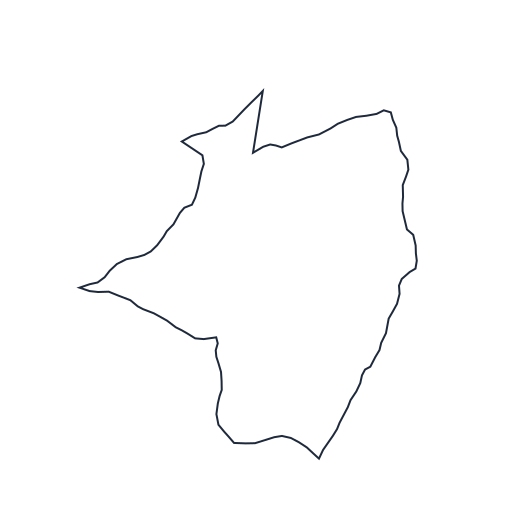 Pradópolis, São Paulo, Brazil, rotated 201°
{"feature_id": "56859067B17432749065074", "entity_name": "Pradópolis", "entity_type": "district", "adm_level": 2, "iso_a3": "BRA", "parent_name": "Brazil", "parent_adm1": "São Paulo", "projection": "orthographic", "projection_center": [-48.08, -21.346], "detail": "fine", "context": "isolated", "style": "outline", "palette": "slate", "viewbox_px": 512, "rotation_deg": 201, "n_neighbors": 0, "source": "geoboundaries", "source_scale": "gbopen_adm2", "svg_char_len": 1722}
<svg xmlns="http://www.w3.org/2000/svg" viewBox="0 0 512 512"><g transform="rotate(201 256 256)"><path d="M124.6,89.4L123.9,99.0L122.0,106.7L119.8,115.6L118.3,123.5L118.2,130.4L116.1,147.8L116.1,155.3L113.8,165.5L113.1,174.7L114.3,182.6L113.5,189.1L109.6,193.6L108.4,204.5L107.0,212.4L108.0,219.8L107.0,230.5L109.7,245.1L108.4,253.2L107.2,261.9L108.4,272.1L111.9,279.6L111.7,286.8L106.8,296.1L102.6,301.4L104.2,309.2L107.7,315.8L110.7,323.0L116.8,332.1L124.6,334.9L135.2,350.4L138.1,357.5L139.9,363.9L144.4,374.8L144.4,384.0L144.7,391.2L149.2,400.1L158.4,406.0L163.5,413.8L167.3,418.9L171.0,426.1L177.1,432.2L181.6,438.4L188.9,437.8L194.3,431.9L203.2,426.5L212.4,421.7L219.5,415.8L227.0,408.8L232.1,401.8L240.8,392.0L250.6,385.1L263.2,373.9L270.9,366.6L277.0,366.3L282.7,365.2L288.4,360.6L295.8,351.3L308.8,412.5L311.3,406.6L315.4,397.7L319.2,389.2L325.9,373.2L331.3,366.7L337.3,364.3L342.1,359.1L346.8,353.7L354.5,348.6L359.2,344.9L366.3,336.3L342.1,330.8L337.7,323.3L337.3,315.5L336.2,308.7L334.5,298.7L333.6,288.7L334.2,280.9L340.2,275.4L342.5,268.9L344.4,256.0L348.2,247.2L349.2,241.0L352.1,230.7L355.9,222.5L360.6,217.0L366.3,212.6L375.9,206.5L383.0,198.7L387.3,189.8L389.7,181.9L394.4,174.5L401.1,170.1L409.4,163.2L398.8,163.6L390.5,165.8L380.7,169.9L370.2,169.7L357.4,169.7L348.3,166.6L342.4,165.9L330.8,165.9L316.0,163.8L305.4,160.7L299.2,160.1L292.6,159.1L283.3,157.3L275.0,159.7L264.0,165.8L260.4,160.7L259.8,153.5L256.9,147.7L252.6,142.4L247.1,135.2L243.3,126.9L240.0,118.7L239.8,112.3L238.8,104.7L236.3,94.2L230.6,85.0L222.6,80.5L217.1,77.7L209.5,73.6L198.4,77.4L189.8,80.9L174.0,93.4L167.3,97.3L158.3,98.6L149.2,97.5L139.9,95.5L131.5,92.1L124.6,89.4Z" fill="none" stroke="#1e293b" stroke-width="2"/></g></svg>